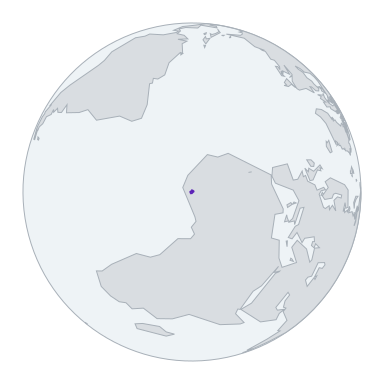 Marahoué on an orthographic globe, rotated 78°
{"feature_id": "CIV-3444", "entity_name": "Marahoué", "entity_type": "Department", "adm_level": 1, "iso_a3": "CIV", "parent_name": "Ivory Coast", "parent_adm1": "", "projection": "orthographic", "projection_center": [-5.831, 7.116], "detail": "fine", "context": "on_globe", "style": "filled", "palette": "violet", "viewbox_px": 384, "rotation_deg": 78, "n_neighbors": 0, "source": "natural_earth", "source_scale": "10m", "svg_char_len": 8942}
<svg xmlns="http://www.w3.org/2000/svg" viewBox="0 0 384 384"><g transform="rotate(78 192 192)"><circle cx="192" cy="192" r="169" fill="#eef3f6" stroke="#a8b0b8"/><path d="M133.5,33.5L128.7,35.4L131.9,34.2L128.1,36.2L130.3,35.7L126.8,37.3L131.7,35.6L134.5,34.3L137.5,33.2L139.1,33.0L134.9,34.8L133.5,35.2L133.1,35.6L130.3,36.7L132.6,36.1L127.2,38.6L134.8,35.9L132.5,37.8L128.4,39.6L125.8,39.6L109.9,45.8L104.9,48.6L100.4,52.0L98.1,57.2L93.8,60.6L90.2,64.9L93.9,62.6L98.1,58.6L104.1,55.9L108.5,51.8L111.5,50.4L117.2,46.5L119.5,47.0L118.7,49.8L114.1,53.2L113.5,54.7L120.5,51.7L114.4,58.9L114.7,65.7L112.7,67.9L104.4,70.9L97.9,69.7L87.0,75.7L97.2,72.0L92.2,78.4L92.7,79.8L94.8,79.8L98.0,77.6L96.9,80.1L86.4,84.2L87.2,82.0L90.6,80.5L87.5,80.3L80.3,84.0L78.4,87.4L69.7,91.0L68.2,93.7L65.5,96.3L68.5,91.6L62.9,100.4L52.4,109.0L44.7,125.6L48.8,112.1L48.2,110.1L46.8,109.7L45.4,112.4L45.3,109.5L42.0,114.4L35.9,127.3L32.1,137.9L32.6,139.3L35.0,133.8L36.7,133.4L30.7,148.5L32.8,152.2L29.8,164.0L29.8,170.7L32.1,169.8L34.1,173.6L37.1,167.1L41.4,164.2L39.7,174.0L43.4,165.6L44.9,170.8L54.3,172.3L53.1,174.4L60.8,187.6L71.8,194.3L74.4,201.9L72.8,206.2L77.2,208.0L77.3,211.0L97.3,217.7L109.4,226.1L110.3,236.2L102.7,247.0L101.9,270.5L89.8,276.7L90.8,285.9L88.4,298.3L80.6,296.1L87.1,303.2L86.2,306.6L82.2,306.1L85.2,310.7L82.5,310.2L86.9,313.7L88.1,318.7L94.2,323.8L96.5,327.8L100.6,330.7L99.4,330.3L99.6,331.1L101.5,332.5L95.4,329.2L87.3,322.7L84.8,319.8L83.1,318.9L77.2,311.1L77.4,312.4L67.4,299.6L62.1,289.2L48.7,257.2L45.1,250.3L38.2,241.3L29.4,215.2L29.8,205.6L28.7,200.5L32.3,187.4L32.7,174.0L31.8,171.8L30.0,176.3L28.2,166.7L29.3,156.4L30.3,143.0L34.2,131.6L38.9,120.6L44.3,109.9L50.5,99.6L57.4,89.8L65.0,80.5L73.3,71.8L82.1,63.7L91.5,56.2L101.4,49.4L111.7,43.3L122.4,38.0L133.5,33.5ZM42.0,131.3L44.7,141.1L40.9,141.2L42.1,139.8L41.9,136.0L40.7,132.2L38.0,133.1L42.0,131.3ZM48.3,122.8L47.7,121.8L48.6,122.1L48.3,122.8ZM115.6,46.6L116.4,46.5L114.9,47.2L115.6,46.6ZM117.3,45.0L115.0,45.9L115.5,45.3L116.9,44.8L117.3,45.0ZM120.0,44.2L116.7,44.2L117.6,43.3L123.6,40.6L120.0,44.2ZM134.7,34.0L131.7,35.4L132.7,34.6L134.7,34.0ZM138.0,31.9L137.6,32.1L141.5,30.8L143.8,30.1L146.2,29.4L144.0,30.2L140.0,31.5L144.3,30.2L134.5,33.8L133.0,33.7L135.2,32.9L138.0,31.9ZM138.8,32.8L138.1,32.7L142.5,31.1L144.8,30.9L142.6,31.4L138.8,32.8ZM150.3,28.3L146.7,29.3L145.1,29.7L150.3,28.3ZM142.4,31.7L145.8,30.9L145.2,31.5L139.9,32.7L142.4,31.7ZM142.6,30.8L144.8,30.1L144.3,30.4L142.6,30.8ZM145.0,33.9L144.0,33.5L146.2,32.6L145.0,33.9ZM147.1,30.5L147.3,30.3L148.1,30.0L150.1,29.7L147.1,30.5ZM149.7,28.6L150.4,28.5L152.0,27.9L154.8,27.3L150.7,28.5L153.6,27.8L154.5,27.6L150.3,28.8L149.7,28.6ZM154.5,28.5L150.3,30.2L151.7,30.8L149.8,31.6L147.9,30.5L154.5,28.5ZM152.4,28.5L153.2,28.6L150.4,29.3L148.1,29.8L152.4,28.5ZM158.1,26.7L154.9,27.2L155.9,27.0L158.1,26.7ZM155.4,28.4L156.4,28.1L155.8,28.4L155.4,28.4ZM157.9,27.0L156.6,27.1L157.8,26.8L157.9,27.0ZM159.4,27.3L158.1,27.8L156.5,28.0L159.4,27.3ZM159.2,27.0L161.1,26.6L156.7,27.8L158.4,27.1L159.2,27.0ZM159.2,26.7L159.5,26.6L159.2,26.7ZM166.4,26.5L161.2,27.9L157.6,28.2L163.1,26.8L166.4,26.5ZM107.5,335.8L96.8,330.2L102.0,332.9L100.8,331.1L108.1,335.0L107.5,335.8ZM106.1,331.2L107.6,330.4L109.3,331.3L108.7,332.1L106.1,331.2ZM229.1,27.2L233.7,28.3L233.3,28.2L245.1,31.6L256.6,35.9L267.8,41.0L278.6,46.9L288.9,53.6L298.7,61.0L307.9,69.1L316.6,77.8L324.5,87.2L331.8,97.1L338.3,107.5L344.1,118.4L349.0,129.6L354.1,147.4L357.7,163.4L358.2,171.2L351.6,149.5L346.2,134.8L345.4,136.9L337.3,125.8L327.9,127.7L325.1,124.2L323.7,126.5L317.8,123.6L313.0,117.9L310.1,118.9L322.3,134.0L325.3,133.1L325.9,126.2L328.9,131.9L334.4,136.3L333.3,152.0L317.0,168.6L313.1,156.9L288.8,127.2L288.2,123.6L288.0,123.2L287.6,122.6L287.7,128.5L282.7,122.8L298.2,143.5L301.8,152.9L316.8,169.4L316.0,171.5L320.1,174.7L330.5,168.2L331.1,172.3L327.6,192.1L311.1,220.4L312.0,237.5L308.6,252.5L295.5,263.7L293.8,274.9L286.6,279.6L284.2,286.0L276.8,293.2L265.5,300.4L249.3,301.9L250.6,296.3L246.0,285.7L240.6,259.2L247.1,246.3L246.6,236.5L234.7,215.5L237.4,203.1L233.7,198.3L226.3,200.0L221.6,194.2L216.9,194.3L185.7,200.1L174.8,192.6L158.6,169.2L163.2,159.5L161.7,148.6L191.8,111.0L200.8,112.5L227.5,106.3L231.3,107.3L231.1,115.5L253.5,123.9L257.3,116.7L274.7,120.7L284.4,119.6L282.7,104.4L266.8,105.9L261.1,99.1L271.6,91.8L285.1,91.4L283.3,88.9L272.4,83.8L273.0,78.9L268.3,81.8L272.0,84.2L269.2,86.3L265.6,84.3L266.0,82.5L261.2,81.8L260.7,91.4L264.4,94.9L253.4,97.7L258.6,103.9L256.5,107.3L247.0,98.1L246.0,94.5L230.3,85.7L230.3,89.6L245.2,98.4L241.6,97.9L241.7,104.1L238.9,99.1L222.7,89.2L211.2,92.6L200.7,108.6L193.1,110.5L184.8,108.1L184.3,92.9L201.4,90.5L201.5,85.9L194.4,79.9L200.2,79.9L199.4,77.5L205.5,76.6L210.6,70.3L216.2,69.3L214.8,62.2L217.5,61.0L217.6,65.3L220.6,68.1L234.3,66.6L235.9,65.0L233.9,60.7L237.9,61.2L234.2,57.4L240.4,55.3L229.7,54.9L227.0,50.7L228.9,47.4L226.1,46.2L223.1,51.7L223.6,54.1L227.1,56.2L226.9,63.7L222.9,65.3L215.9,57.8L209.6,59.6L206.9,53.7L216.6,41.2L222.5,38.9L239.3,42.6L239.9,44.9L234.2,44.5L242.6,48.3L240.4,46.3L243.8,47.0L242.1,43.9L244.3,44.2L238.8,40.9L241.4,41.0L244.9,43.1L244.5,39.5L249.0,39.4L247.8,38.5L245.3,37.5L252.7,38.6L251.5,37.9L248.6,37.2L244.4,35.5L239.8,33.1L242.6,33.6L244.6,34.5L253.1,37.5L258.1,40.3L258.8,40.4L255.1,38.1L244.8,34.3L241.2,32.8L246.1,34.2L244.0,33.6L243.1,33.0L244.9,33.1L239.5,31.5L225.8,26.7L227.7,26.9L229.1,27.2ZM184.7,129.4L184.6,132.7L184.7,129.4ZM301.7,99.3L308.3,99.0L301.2,90.5L303.1,89.9L300.0,87.4L300.7,89.9L292.5,83.3L293.8,80.5L290.9,77.1L288.6,77.0L287.4,83.3L299.2,92.5L299.4,96.3L301.7,99.3ZM54.6,172.2L55.6,174.4L53.9,174.1L54.6,172.2ZM39.2,144.9L40.4,145.5L40.6,147.2L39.5,147.4L39.2,144.9ZM51.5,148.3L53.4,149.6L50.9,149.9L51.5,148.3ZM45.4,142.5L50.0,147.7L45.4,149.6L42.7,146.5L45.2,146.2L45.4,142.5ZM45.4,128.0L45.8,128.9L44.9,130.5L45.4,128.0ZM49.0,123.0L48.6,123.1L48.9,121.6L49.0,123.0ZM92.8,78.2L93.6,77.9L95.3,78.5L93.5,79.4L92.8,78.2ZM108.9,75.7L106.9,79.8L107.0,77.2L104.1,78.9L100.8,75.9L111.6,68.9L107.3,72.4L108.9,75.7ZM99.5,70.7L100.3,72.9L99.0,70.8L99.5,70.7ZM189.1,66.4L192.3,67.6L191.6,70.4L184.4,73.1L185.3,68.9L189.1,66.4ZM197.0,68.7L192.1,61.2L196.3,59.7L194.8,61.7L198.1,61.5L196.5,64.7L205.4,71.1L205.4,74.2L192.1,76.7L196.4,74.0L193.0,72.8L197.0,68.7ZM171.9,49.5L169.9,47.5L181.8,46.6L182.4,48.6L175.3,51.1L170.4,50.2L171.9,49.5ZM131.3,40.0L129.8,40.2L130.9,39.6L133.2,38.9L131.3,40.0ZM144.3,33.8L139.4,38.9L137.4,39.2L136.9,42.4L131.4,44.7L131.8,42.5L127.2,46.9L125.4,45.8L122.9,48.9L124.5,43.7L122.7,43.3L126.9,42.7L132.0,40.5L133.7,39.5L137.1,36.3L135.8,34.9L140.7,33.0L144.5,32.0L145.6,32.0L142.1,33.2L146.0,32.4L141.8,34.2L144.3,33.8ZM186.5,28.3L181.9,28.4L189.2,29.4L184.9,30.3L186.0,30.3L184.1,31.5L183.7,33.2L181.3,33.5L182.2,34.1L180.9,35.1L181.3,36.1L177.2,37.1L177.3,38.5L175.3,38.3L176.7,40.5L173.9,39.3L172.0,40.9L175.7,41.1L152.8,46.7L145.3,50.7L140.7,54.9L136.5,53.1L138.2,48.3L143.2,42.9L151.0,39.6L147.7,39.6L150.4,38.2L151.9,38.8L151.3,37.1L153.9,36.1L158.4,32.8L155.8,31.6L157.4,30.6L159.7,30.6L159.7,29.6L165.1,29.1L166.3,28.5L172.9,27.6L176.7,28.5L177.8,27.8L182.9,27.4L186.5,28.3ZM168.2,26.2L173.7,26.5L174.0,27.2L162.4,28.5L160.5,29.1L153.1,30.5L152.7,29.5L154.9,29.2L156.9,28.6L156.2,29.1L158.3,28.4L161.3,28.0L163.7,27.3L164.8,27.5L168.2,26.2ZM234.0,104.1L236.6,104.2L240.3,103.6L240.4,107.7L234.0,104.1ZM222.9,97.5L225.0,96.8L227.0,101.7L224.3,101.8L222.9,97.5ZM224.4,92.4L224.9,96.3L223.0,94.3L224.4,92.4ZM219.4,64.6L221.4,63.9L222.3,64.9L222.0,66.5L219.4,64.6ZM207.0,33.2L204.4,32.7L204.6,32.3L200.5,30.7L203.3,30.2L206.9,31.0L207.0,33.2ZM281.0,107.2L279.2,110.3L277.3,109.1L278.3,108.2L281.0,107.2ZM259.6,108.9L265.3,110.4L259.6,110.1L259.6,108.9ZM209.4,32.4L207.4,31.7L210.1,31.9L209.4,32.4ZM205.2,29.8L208.0,29.9L203.2,30.0L205.2,29.8ZM299.8,321.4L298.1,323.1L297.2,323.6L299.8,321.4ZM327.6,247.2L314.2,274.1L309.1,275.1L310.3,267.7L316.8,251.7L323.5,246.3L327.4,238.7L327.6,247.2ZM358.1,164.8L359.7,174.0L359.7,176.0L358.1,164.8ZM230.7,30.5L233.2,33.0L236.9,35.3L241.9,36.8L235.9,36.0L230.2,32.6L230.7,30.5ZM226.1,26.9L221.7,26.0L222.8,26.1L224.0,26.3L226.1,26.9ZM224.0,26.6L220.1,26.3L217.2,25.6L220.8,26.0L224.0,26.6ZM215.0,28.4L215.5,29.0L213.4,28.8L215.0,28.4Z" fill="#d9dde1" stroke="#a8b0b8" stroke-width="1"/><path d="M193.2,193.4L192.9,193.4L192.4,193.8L191.4,193.8L191.2,193.6L191.2,193.4L191.0,193.1L191.0,192.9L190.9,192.7L190.9,192.4L191.5,192.0L191.6,191.9L191.5,191.7L191.4,191.7L191.2,191.6L190.9,191.5L190.7,191.7L190.4,191.7L190.2,191.7L190.3,191.3L190.5,191.1L190.6,190.9L191.2,190.5L191.3,190.5L191.3,190.4L191.4,190.2L191.5,190.2L191.8,190.3L191.8,190.2L192.0,190.2L192.1,190.3L192.1,190.5L192.3,190.6L192.3,190.8L192.3,191.0L192.3,191.3L192.4,191.5L192.5,191.5L192.6,191.8L192.8,191.9L193.0,191.9L193.0,192.0L192.9,192.1L193.0,192.2L193.1,192.3L192.9,192.4L192.9,192.5L193.0,192.8L193.2,193.0L193.2,193.3L193.2,193.4Z" fill="#8b5cf6" stroke="#5b21b6" stroke-width="1.5"/></g></svg>